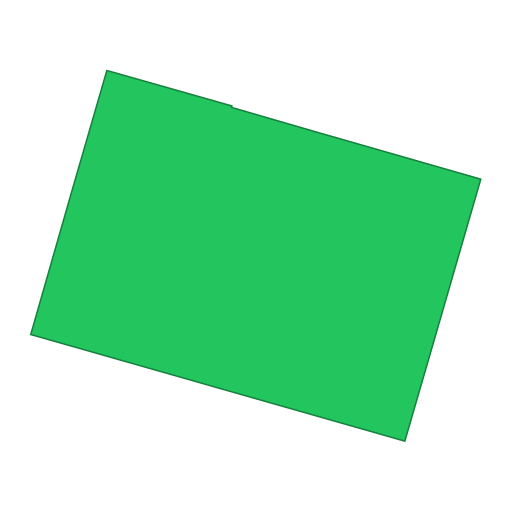 the district of Lancaster, Nebraska, United States of America, rotated 106°
{"feature_id": "52423323B49872749946321", "entity_name": "Lancaster", "entity_type": "district", "adm_level": 2, "iso_a3": "USA", "parent_name": "United States of America", "parent_adm1": "Nebraska", "projection": "robinson", "projection_center": [-96.715, 40.785], "detail": "fine", "context": "isolated", "style": "filled", "palette": "green", "viewbox_px": 512, "rotation_deg": 106, "n_neighbors": 0, "source": "geoboundaries", "source_scale": "gbopen_adm2", "svg_char_len": 334}
<svg xmlns="http://www.w3.org/2000/svg" viewBox="0 0 512 512"><g transform="rotate(106 256 256)"><path d="M118.4,320.5L118.8,450.5L244.6,450.9L393.6,450.9L393.3,278.1L393.3,256.5L393.0,83.5L393.0,61.9L309.2,61.6L121.7,61.1L120.2,61.1L120.2,234.1L119.9,320.5L118.4,320.5Z" fill="#22c55e" stroke="#15803d" stroke-width="1.5"/></g></svg>